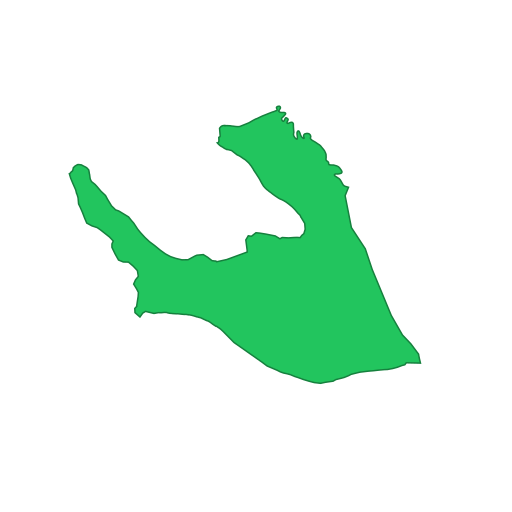 outline of Qaflat Odhar, Amran, Yemen, rotated 134°
{"feature_id": "15242507B49848325615271", "entity_name": "Qaflat Odhar", "entity_type": "district", "adm_level": 2, "iso_a3": "YEM", "parent_name": "Yemen", "parent_adm1": "Amran", "projection": "equal_earth", "projection_center": [43.669, 16.289], "detail": "fine", "context": "isolated", "style": "filled", "palette": "green", "viewbox_px": 512, "rotation_deg": 134, "n_neighbors": 0, "source": "geoboundaries", "source_scale": "gbopen_adm2", "svg_char_len": 6023}
<svg xmlns="http://www.w3.org/2000/svg" viewBox="0 0 512 512"><g transform="rotate(134 256 256)"><path d="M167.3,354.6L174.0,357.6L174.7,358.1L176.0,359.4L177.2,360.9L178.3,362.4L179.4,363.8L180.3,365.1L182.5,367.6L183.9,368.8L183.7,369.1L185.1,370.3L186.5,371.0L187.5,371.1L189.2,371.0L189.5,370.9L194.5,365.2L195.2,364.8L196.5,365.2L199.0,362.6L199.7,362.2L200.6,362.0L201.1,362.1L201.5,362.4L201.6,361.5L201.6,359.2L201.5,358.2L201.4,357.6L200.8,355.4L200.7,354.5L200.4,353.1L199.6,350.7L199.2,350.6L197.1,346.8L196.4,339.9L195.7,338.0L195.3,336.4L195.2,335.8L195.0,334.6L194.7,332.7L194.2,330.4L194.2,329.3L194.1,326.1L194.2,325.0L194.3,323.9L194.5,323.2L194.5,322.5L195.1,319.8L195.5,318.1L195.8,317.4L196.5,314.2L196.6,313.5L196.9,312.4L197.7,308.9L198.3,306.6L198.5,306.0L198.7,305.4L199.4,303.3L200.1,300.8L200.3,299.9L200.5,299.3L200.7,296.8L200.7,294.5L200.5,293.2L200.4,291.3L200.0,288.8L200.0,288.3L199.8,286.4L199.7,285.8L199.6,285.0L199.4,283.8L199.2,282.7L198.8,280.5L198.5,279.1L198.2,278.1L197.6,276.7L196.9,274.5L196.3,271.8L195.9,268.9L195.8,267.6L195.5,264.5L195.5,262.6L195.6,260.2L196.1,255.3L196.1,252.4L196.9,250.7L196.9,250.3L198.7,243.6L202.6,239.2L206.7,237.1L209.4,237.4L212.1,237.0L214.1,239.4L216.6,241.8L220.4,245.2L224.5,250.0L227.0,250.8L228.2,256.1L231.7,261.5L233.3,264.0L237.0,269.3L239.3,272.2L245.0,273.0L246.8,275.6L251.5,274.5L258.4,265.9L258.5,265.9L259.3,265.1L278.9,274.6L287.5,280.3L287.5,281.4L287.8,281.6L289.9,284.4L290.5,290.0L291.6,294.9L296.5,299.1L298.4,299.9L305.9,302.3L310.2,306.6L313.4,312.0L315.8,317.0L317.4,322.6L318.3,328.8L318.9,336.3L319.7,342.5L319.8,348.7L319.4,355.4L318.9,359.6L317.3,366.7L317.0,370.2L316.4,374.8L318.9,385.9L320.4,389.2L320.3,390.3L320.3,394.7L318.3,402.3L317.0,406.3L317.1,412.5L316.5,418.3L316.3,421.5L316.7,425.7L316.7,426.0L316.5,426.8L315.8,428.6L315.2,429.5L312.9,432.4L312.3,433.4L311.7,434.1L310.7,435.5L310.3,436.1L310.2,436.8L310.2,437.5L310.1,439.0L310.3,440.0L310.5,440.5L310.5,440.8L310.7,441.2L310.7,441.3L311.2,442.9L311.7,444.8L313.3,447.0L314.3,447.9L317.3,448.7L319.5,448.7L320.6,447.9L322.1,447.2L323.0,447.1L323.3,447.3L325.1,447.3L325.2,447.2L325.6,447.2L326.0,447.1L326.5,447.4L328.8,443.3L331.0,438.2L333.7,431.6L335.8,428.3L335.9,427.7L337.7,424.5L341.8,419.8L343.1,416.2L345.3,410.9L347.8,405.6L349.9,400.6L348.3,394.9L345.9,390.0L345.3,386.4L344.1,374.5L344.4,369.1L347.4,368.0L349.9,365.6L352.4,358.8L354.4,352.1L352.5,347.3L349.0,343.5L348.6,337.3L348.9,331.2L352.4,326.5L356.9,326.1L361.2,324.5L362.7,318.7L363.9,315.3L367.1,312.6L374.9,307.1L375.0,306.8L377.9,306.8L380.8,303.7L380.5,297.1L375.8,297.8L372.6,297.0L368.2,289.5L364.6,286.9L362.7,284.8L360.2,282.7L358.6,280.9L358.5,280.6L358.4,280.5L358.3,280.1L357.6,279.0L357.0,278.1L356.0,276.9L355.2,275.8L355.1,275.7L352.6,272.8L352.0,272.3L348.6,267.9L347.4,266.5L347.1,266.3L346.6,265.7L346.2,265.2L346.0,264.8L345.5,264.2L345.4,263.9L345.2,263.8L345.2,263.7L344.5,262.9L343.3,261.0L342.0,258.6L340.9,256.3L340.6,255.9L340.2,255.3L339.7,254.2L339.2,253.5L338.6,252.2L338.4,251.6L338.4,251.4L338.3,251.0L338.1,250.7L337.9,249.9L337.8,249.6L337.2,248.0L337.2,247.8L336.9,247.1L336.9,246.9L336.1,245.3L336.0,244.9L335.9,244.8L335.9,244.4L335.7,244.1L335.0,239.0L334.4,236.0L333.9,235.5L333.8,234.3L333.7,234.0L333.7,233.6L333.4,232.5L333.4,232.4L333.4,232.0L333.3,231.9L333.3,231.4L333.2,231.2L333.1,227.6L333.5,211.7L328.2,178.0L327.4,171.6L323.5,161.4L322.5,158.1L321.1,155.0L319.1,151.8L317.4,148.7L315.7,144.3L314.2,141.3L312.0,136.3L309.3,131.0L306.6,126.2L302.7,121.1L298.7,118.4L292.5,113.6L289.4,112.7L284.3,109.5L281.9,108.1L277.6,106.2L275.1,105.4L270.6,102.6L267.3,100.5L260.8,95.2L256.8,91.7L252.9,88.5L248.5,84.7L246.3,82.6L242.0,79.5L237.8,77.0L233.3,74.9L230.9,73.4L228.4,73.7L218.8,63.3L216.5,66.9L214.3,70.1L213.7,70.8L211.6,83.7L211.1,95.8L204.8,117.4L185.0,163.0L174.9,182.4L169.3,207.1L150.7,233.8L142.3,237.2L144.1,240.6L144.3,241.6L144.3,242.7L144.0,243.8L143.2,246.4L142.7,248.3L142.6,249.9L143.5,254.5L143.5,255.2L143.4,255.6L143.1,256.0L142.6,256.0L142.0,255.9L141.3,255.4L140.5,254.4L139.3,253.4L138.2,252.7L137.2,252.2L136.6,252.2L136.0,252.4L135.6,252.8L135.1,254.0L134.8,255.6L134.5,257.5L134.6,258.9L135.1,260.5L135.8,261.8L136.6,263.3L138.8,265.7L139.5,266.9L139.5,267.3L139.3,267.7L138.8,268.1L138.3,268.9L138.2,269.5L138.2,270.1L138.4,271.1L138.3,271.9L138.1,272.5L137.9,272.8L136.5,273.9L135.4,275.0L134.2,276.3L133.5,277.8L132.7,279.9L132.4,281.7L132.1,284.7L131.9,286.0L132.0,287.7L132.2,288.5L132.9,292.5L133.8,296.1L133.8,298.0L133.6,298.6L133.3,298.8L132.9,299.1L132.2,299.4L131.8,300.0L131.4,300.6L131.2,301.3L131.2,302.2L131.3,302.9L131.9,303.9L132.5,304.6L134.0,305.6L134.7,305.8L135.7,305.7L136.2,305.5L136.7,305.0L137.1,304.4L137.6,303.3L138.2,303.3L138.3,303.5L138.7,304.6L138.6,306.1L138.2,307.6L136.9,310.1L136.6,311.0L136.4,311.6L136.4,312.0L136.5,312.3L137.1,312.7L137.5,312.7L138.1,312.5L138.9,312.1L139.7,311.3L141.5,309.1L142.6,308.1L143.2,307.8L143.5,307.7L143.8,308.1L143.9,308.6L143.9,309.9L143.7,311.0L143.4,312.2L142.7,313.2L142.2,313.8L141.5,314.2L140.6,314.8L139.8,315.8L137.0,318.9L135.6,320.3L135.0,320.9L134.8,321.4L134.6,322.2L134.8,323.0L135.5,323.7L136.6,324.3L138.3,325.0L138.6,325.3L138.8,325.6L138.8,325.9L138.5,326.4L137.9,326.7L136.5,327.2L135.7,327.5L135.3,328.0L135.2,328.8L135.5,330.1L135.7,330.5L136.2,330.6L137.1,330.5L137.6,330.2L138.1,330.2L138.6,329.8L139.9,329.8L140.2,330.0L140.4,330.6L140.4,331.1L140.1,332.0L139.7,332.8L139.3,333.1L138.2,333.3L136.7,333.1L135.3,333.2L135.2,333.3L134.7,333.2L133.5,333.3L132.8,333.8L132.7,334.3L132.9,334.9L133.3,335.6L134.8,337.1L135.4,337.8L135.9,338.6L136.1,339.6L136.1,340.2L135.7,340.5L135.1,340.5L134.1,340.8L132.8,341.1L132.1,341.7L131.9,342.2L131.9,342.8L132.1,343.4L133.1,344.2L134.2,344.6L134.9,344.5L135.4,343.9L135.8,343.0L136.2,342.3L136.9,342.2L140.2,343.7L140.8,344.1L143.8,345.5L150.9,348.7L154.9,350.2L156.3,350.7L157.7,351.4L160.4,352.3L165.0,353.6L167.3,354.6Z" fill="#22c55e" stroke="#15803d" stroke-width="1.5"/></g></svg>